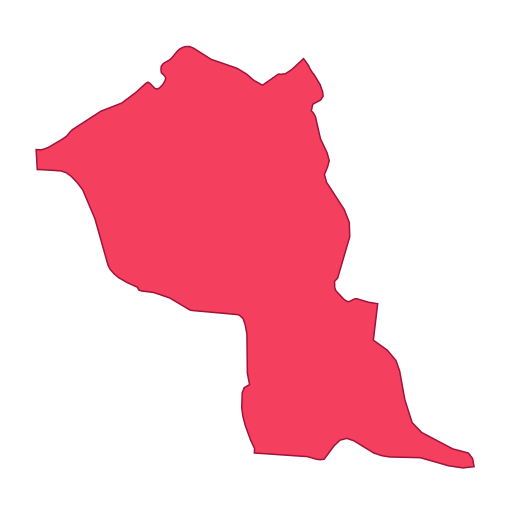 map outline of Babil (Robinson projection), rotated 181°
{"feature_id": "IRQ-3472", "entity_name": "Babil", "entity_type": "Province", "adm_level": 1, "iso_a3": "IRQ", "parent_name": "Iraq", "parent_adm1": "", "projection": "robinson", "projection_center": [44.536, 32.662], "detail": "fine", "context": "isolated", "style": "filled", "palette": "rose", "viewbox_px": 512, "rotation_deg": 181, "n_neighbors": 0, "source": "natural_earth", "source_scale": "10m", "svg_char_len": 1912}
<svg xmlns="http://www.w3.org/2000/svg" viewBox="0 0 512 512"><g transform="rotate(181 256 256)"><path d="M188.5,53.4L192.7,54.0L200.9,56.3L254.2,59.0L254.1,63.6L258.1,71.7L263.8,86.4L266.4,95.9L267.6,103.9L267.4,118.9L265.5,124.2L260.2,127.3L262.6,138.7L263.7,177.6L265.6,187.0L267.8,193.1L270.0,195.2L271.5,196.4L273.5,197.1L319.0,200.4L321.2,200.9L341.7,212.6L358.0,217.8L369.7,219.0L372.5,219.9L374.2,222.8L384.6,227.3L392.9,231.9L397.5,235.6L401.9,240.5L403.9,244.6L417.7,290.5L430.4,319.1L436.0,326.2L442.2,332.5L447.4,336.1L452.8,337.7L472.0,338.6L476.2,338.6L477.1,350.6L477.7,358.6L472.9,358.4L470.2,359.1L465.6,360.9L451.3,369.7L447.4,372.6L443.5,377.4L441.3,379.5L413.6,398.1L392.9,406.6L378.8,417.6L369.3,426.6L367.1,427.9L365.1,426.9L361.4,423.1L359.6,421.5L357.6,421.3L355.3,422.4L352.2,425.8L350.3,429.2L349.4,431.9L349.9,433.7L351.3,435.3L353.9,437.6L354.3,441.1L354.1,443.9L352.7,446.0L351.0,447.5L346.1,450.4L344.2,452.0L338.0,459.7L335.8,461.7L333.1,463.2L330.1,464.2L326.3,464.3L322.0,462.7L304.2,451.8L294.5,448.7L278.1,443.3L268.5,437.7L261.3,431.6L252.5,426.9L236.7,438.3L234.2,438.1L231.5,438.6L230.1,438.5L223.4,443.1L211.9,454.2L207.0,447.6L205.4,444.3L203.0,440.6L200.9,438.1L194.8,428.3L192.2,421.1L191.7,417.0L194.1,413.1L201.9,408.7L203.2,402.1L201.2,400.1L199.0,396.4L194.5,378.0L193.4,373.9L186.8,360.6L184.4,352.6L186.0,346.3L189.0,338.7L186.8,331.0L168.7,304.2L163.3,291.2L162.6,276.9L174.0,235.3L177.0,232.1L176.8,227.8L176.7,225.5L175.4,222.5L167.6,214.5L165.4,212.9L163.5,212.1L162.0,212.1L160.3,212.9L156.8,214.8L155.3,215.0L153.6,214.8L142.4,211.7L133.5,210.4L137.2,173.9L123.1,164.1L114.3,154.0L110.4,143.7L104.7,115.0L97.0,92.2L87.2,82.4L56.0,66.6L40.2,62.7L35.9,57.3L34.3,49.2L45.2,47.7L59.8,49.6L88.2,57.2L118.8,57.4L126.5,58.5L134.5,60.9L155.0,73.0L162.1,75.2L168.9,73.3L174.7,67.5L184.3,54.0L188.5,53.4Z" fill="#f43f5e" stroke="#9f1239" stroke-width="1.5"/></g></svg>